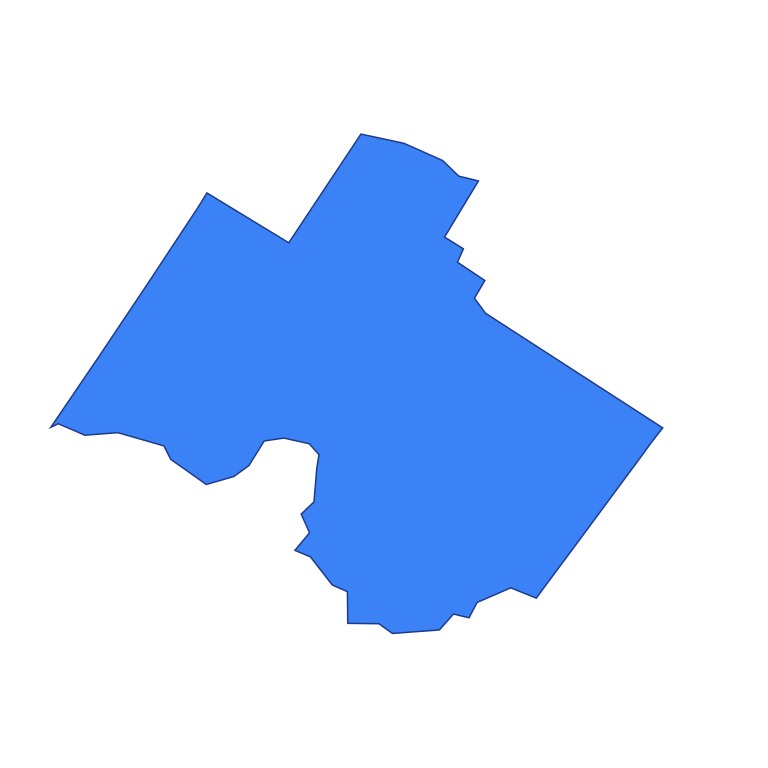 Lowndes, Georgia, United States of America, rotated 302°
{"feature_id": "52423323B90608613064350", "entity_name": "Lowndes", "entity_type": "district", "adm_level": 2, "iso_a3": "USA", "parent_name": "United States of America", "parent_adm1": "Georgia", "projection": "equal_earth", "projection_center": [-83.3, 30.828], "detail": "fine", "context": "isolated", "style": "filled", "palette": "blue", "viewbox_px": 768, "rotation_deg": 302, "n_neighbors": 0, "source": "geoboundaries", "source_scale": "gbopen_adm2", "svg_char_len": 867}
<svg xmlns="http://www.w3.org/2000/svg" viewBox="0 0 768 768"><g transform="rotate(302 384 384)"><path d="M435.6,132.7L343.0,130.4L256.6,127.7L170.7,124.4L177.7,128.8L182.1,157.5L201.7,184.1L214.9,230.2L207.1,243.0L204.6,286.5L226.0,305.7L243.3,312.7L272.2,312.6L285.0,327.6L293.7,352.2L289.6,366.3L276.6,371.8L246.9,387.1L229.8,382.7L218.4,399.7L195.7,396.6L198.4,413.3L186.1,446.7L188.5,463.0L161.8,480.1L178.0,506.7L176.9,523.3L204.8,561.3L225.7,564.8L230.8,580.0L248.1,578.7L278.3,599.5L283.1,626.6L299.0,627.8L327.1,630.1L329.2,630.3L329.4,630.3L364.7,633.1L445.9,639.5L458.3,640.5L468.9,641.2L475.7,641.7L494.5,643.6L497.8,432.6L504.7,415.2L525.2,414.7L526.2,381.8L540.7,379.7L540.7,357.5L606.2,356.5L599.9,337.2L604.6,315.4L598.7,273.4L583.7,232.0L453.3,228.4L452.3,143.8L452.2,132.6L435.6,132.7Z" fill="#3b82f6" stroke="#1e3a8a" stroke-width="1.5"/></g></svg>